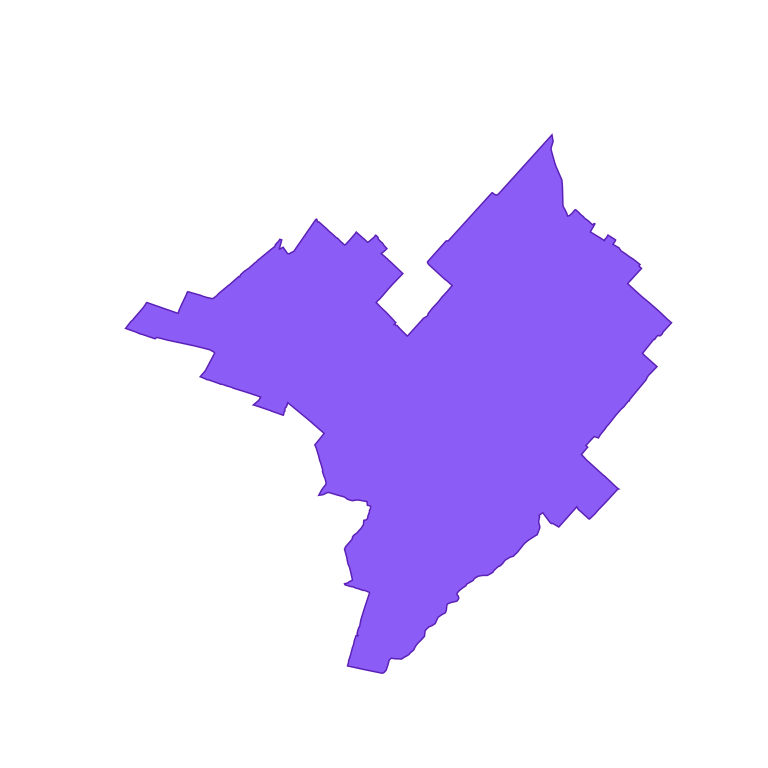 the district of Jiana, Mehedinti, Romania, rotated 104°
{"feature_id": "2599482B91903527279634", "entity_name": "Jiana", "entity_type": "district", "adm_level": 2, "iso_a3": "ROU", "parent_name": "Romania", "parent_adm1": "Mehedinti", "projection": "albers", "projection_center": [22.719, 44.37], "detail": "fine", "context": "isolated", "style": "filled", "palette": "violet", "viewbox_px": 768, "rotation_deg": 104, "n_neighbors": 0, "source": "geoboundaries", "source_scale": "gbopen_adm2", "svg_char_len": 6147}
<svg xmlns="http://www.w3.org/2000/svg" viewBox="0 0 768 768"><g transform="rotate(104 384 384)"><path d="M392.6,648.2L393.5,638.2L394.4,632.8L394.4,631.6L394.3,631.3L395.5,617.1L394.3,616.2L393.7,615.3L393.8,604.2L392.9,577.8L392.9,561.4L394.1,556.9L395.0,555.8L414.2,560.5L421.4,564.1L422.3,557.9L422.7,557.1L422.4,555.6L423.5,543.7L423.8,542.9L423.5,541.7L423.5,538.8L423.8,537.7L424.1,530.5L424.5,529.4L425.6,510.1L425.9,508.1L425.9,506.4L426.5,500.5L430.2,501.6L435.9,505.7L435.9,504.2L437.3,487.5L437.5,486.9L438.7,474.2L437.7,474.0L435.5,474.3L434.6,473.7L433.9,473.7L431.3,474.2L430.8,474.0L430.5,473.5L429.9,473.3L428.7,473.2L428.0,472.9L425.4,472.8L437.1,448.4L446.4,430.1L459.8,436.4L462.6,434.2L470.0,429.8L473.2,428.2L476.5,426.0L482.3,422.7L483.9,422.5L488.5,419.6L489.7,418.5L494.0,416.2L496.0,416.3L498.4,417.5L501.9,418.9L507.8,420.4L506.3,416.7L505.7,415.8L503.2,412.9L502.7,411.6L502.6,410.8L503.0,403.3L503.2,395.2L503.5,394.1L504.4,392.4L504.8,390.4L504.9,386.7L504.7,386.0L503.7,383.8L502.8,381.1L502.2,372.0L504.8,371.2L505.6,370.8L505.8,370.4L505.6,369.3L505.8,367.6L506.5,367.3L507.9,367.0L508.6,367.0L509.1,367.4L509.9,367.6L511.4,367.2L515.7,367.6L518.5,367.5L519.1,367.7L520.1,368.4L521.2,370.6L525.8,369.9L526.5,370.3L529.8,371.4L532.7,373.1L534.9,374.1L537.4,376.2L538.8,377.1L540.0,377.5L542.3,377.4L551.0,381.8L553.7,382.4L562.4,377.6L563.3,377.4L567.8,375.1L569.5,373.6L571.5,372.4L580.7,367.7L582.0,367.2L584.4,370.1L585.3,370.6L585.7,371.0L587.4,374.0L588.1,373.5L588.4,372.8L588.3,371.3L588.5,369.3L588.6,367.4L588.3,365.3L588.9,361.5L588.8,359.8L589.3,354.8L589.3,353.9L588.9,353.0L589.4,350.3L589.6,347.9L590.0,347.5L605.7,348.7L618.5,349.4L624.7,349.0L627.2,349.7L628.4,349.6L629.1,349.8L632.9,349.7L633.9,348.9L634.5,348.2L634.8,348.4L634.7,350.0L634.8,350.2L635.1,350.3L640.4,350.7L644.0,350.5L648.1,350.9L654.5,350.9L661.3,351.4L662.3,351.1L666.4,351.2L665.9,335.1L665.1,316.1L664.9,315.3L664.1,314.3L661.3,312.7L655.3,312.2L651.5,312.2L650.2,311.9L648.7,311.0L648.3,310.4L647.8,305.9L647.2,303.9L646.8,300.9L646.4,300.2L643.6,297.7L642.7,296.5L640.5,294.4L639.0,293.7L634.8,290.8L630.9,290.0L627.6,288.6L623.4,286.0L619.0,283.7L613.7,284.4L611.4,283.4L609.0,281.8L606.6,278.7L604.1,276.4L598.1,275.3L597.0,274.9L593.3,271.6L591.7,269.6L590.7,269.0L588.6,268.8L583.0,269.5L582.1,269.0L581.5,268.5L580.0,266.4L578.6,263.8L577.4,261.3L576.7,260.5L574.2,259.6L573.4,259.7L571.7,260.7L570.8,262.2L569.4,262.4L568.8,262.3L567.6,261.7L565.4,260.4L562.4,258.0L560.1,255.8L558.1,255.3L553.1,250.0L550.8,249.2L547.8,246.2L546.2,242.8L545.3,239.9L545.0,238.2L544.7,237.5L543.8,236.3L540.8,233.2L540.3,232.8L538.6,232.3L535.3,230.3L533.1,228.6L532.4,227.3L529.4,225.4L525.7,223.9L521.4,219.6L520.0,217.1L519.6,216.7L515.1,213.9L504.7,209.1L501.2,206.5L499.2,204.8L494.3,200.1L493.2,198.9L485.9,198.0L483.9,198.6L483.3,199.2L479.9,200.7L475.3,200.9L474.0,201.8L470.5,198.8L478.1,189.5L478.6,188.6L478.9,187.5L478.6,186.8L478.6,186.0L480.5,179.8L456.5,167.2L458.0,165.9L459.1,164.5L459.9,162.7L465.2,152.9L465.3,151.9L458.6,147.7L454.1,145.5L451.8,144.1L444.3,139.8L429.6,131.8L429.1,130.9L428.8,131.9L426.7,135.8L419.8,148.0L419.5,149.0L408.3,169.9L407.2,171.3L404.7,175.4L396.0,171.1L394.8,173.2L384.1,167.4L384.5,162.9L380.8,161.8L374.9,159.0L370.6,157.3L368.7,156.2L358.2,151.5L351.2,147.9L348.1,145.8L341.6,142.8L341.4,142.2L341.0,141.9L339.3,141.7L317.1,131.0L316.1,130.6L314.0,130.3L311.6,129.4L301.1,123.3L293.9,137.0L291.8,140.6L275.5,133.1L275.4,132.3L274.1,131.6L273.2,131.5L270.6,130.1L270.7,128.8L270.4,127.8L270.2,127.4L267.9,126.1L266.1,125.8L255.0,119.8L252.7,124.6L248.7,131.5L245.4,137.6L241.0,146.2L236.8,155.0L227.7,171.9L209.6,162.1L208.0,164.9L207.7,165.1L207.1,165.0L206.1,164.5L202.5,172.5L201.0,177.1L199.6,180.2L197.4,186.4L194.8,189.2L194.7,190.2L193.1,195.7L189.8,194.4L188.7,194.1L188.1,194.2L185.3,202.7L188.3,203.6L190.4,204.8L191.6,204.8L189.9,209.6L186.5,220.6L177.6,218.1L177.4,218.4L177.7,219.0L178.8,219.9L178.9,220.3L178.4,221.4L176.3,225.2L174.5,229.8L173.6,230.7L172.9,232.1L172.2,233.7L170.8,235.9L168.7,239.8L168.6,240.6L168.9,240.9L173.2,243.0L174.4,243.9L175.9,245.1L176.6,246.5L174.1,248.0L170.4,251.1L169.1,252.5L167.4,253.6L150.0,258.4L143.1,260.7L131.1,269.9L127.6,272.1L116.3,278.5L115.0,278.9L113.5,278.9L107.7,278.6L101.6,281.3L172.2,319.0L172.6,319.3L173.5,320.8L173.3,322.6L172.2,325.1L172.5,325.6L229.6,356.3L230.1,358.3L255.0,371.4L255.8,370.8L256.2,370.7L257.2,369.6L268.1,349.6L268.3,348.6L272.0,341.7L280.4,345.8L280.9,346.3L283.3,347.4L285.0,348.5L291.2,351.2L298.5,355.3L304.8,358.1L307.5,358.3L310.9,361.8L311.3,361.9L331.4,372.6L331.8,373.0L327.1,381.0L324.0,385.6L324.3,386.3L324.2,386.8L323.5,387.6L323.3,387.9L323.5,388.3L321.5,387.4L321.1,388.3L319.4,390.7L313.7,399.6L310.5,405.5L307.5,410.1L306.9,411.3L305.5,410.7L302.8,408.9L298.7,406.7L290.8,402.8L284.7,399.5L272.3,392.4L265.1,405.1L263.4,408.1L262.7,409.8L262.0,410.5L261.5,411.5L261.1,412.8L260.6,413.2L258.1,418.3L255.3,416.0L251.9,413.9L249.8,417.2L247.6,419.6L246.9,421.1L244.9,424.6L243.2,425.3L242.2,426.7L241.7,427.8L241.7,428.3L242.1,428.5L242.8,428.5L243.3,428.7L249.2,432.9L250.5,434.2L247.9,438.7L247.8,439.2L243.3,447.7L245.2,448.4L251.8,451.7L257.9,455.0L258.5,455.7L258.5,456.1L257.8,457.6L257.2,458.4L256.1,460.8L253.9,464.1L253.3,466.3L252.3,467.8L251.9,468.8L251.5,469.3L249.2,474.0L247.7,476.5L242.5,486.3L242.8,487.7L242.5,488.1L241.3,488.5L240.4,489.2L240.5,489.6L240.9,490.0L276.8,503.5L277.5,504.1L279.6,506.6L280.7,507.6L280.6,508.1L280.8,509.1L275.7,515.0L277.7,517.0L278.3,518.2L268.9,518.1L268.8,520.1L271.2,520.9L272.9,522.0L274.4,522.5L274.8,523.1L275.5,523.0L277.5,523.4L278.1,524.1L280.5,526.0L292.7,535.0L293.9,536.1L296.4,537.4L297.3,538.3L304.3,543.1L308.7,547.0L312.4,549.4L313.3,549.7L314.8,549.9L314.8,550.9L323.2,556.7L324.6,557.5L325.7,558.6L336.2,566.3L338.7,567.6L342.4,570.6L342.7,571.3L342.9,576.3L342.7,580.7L342.3,583.7L341.9,596.6L342.7,597.2L344.6,597.3L356.4,599.7L363.0,600.8L365.3,600.9L362.3,633.8L363.0,634.3L365.1,634.9L369.2,636.6L381.0,642.6L382.5,643.2L385.0,644.9L392.6,648.2Z" fill="#8b5cf6" stroke="#5b21b6" stroke-width="1.5"/></g></svg>